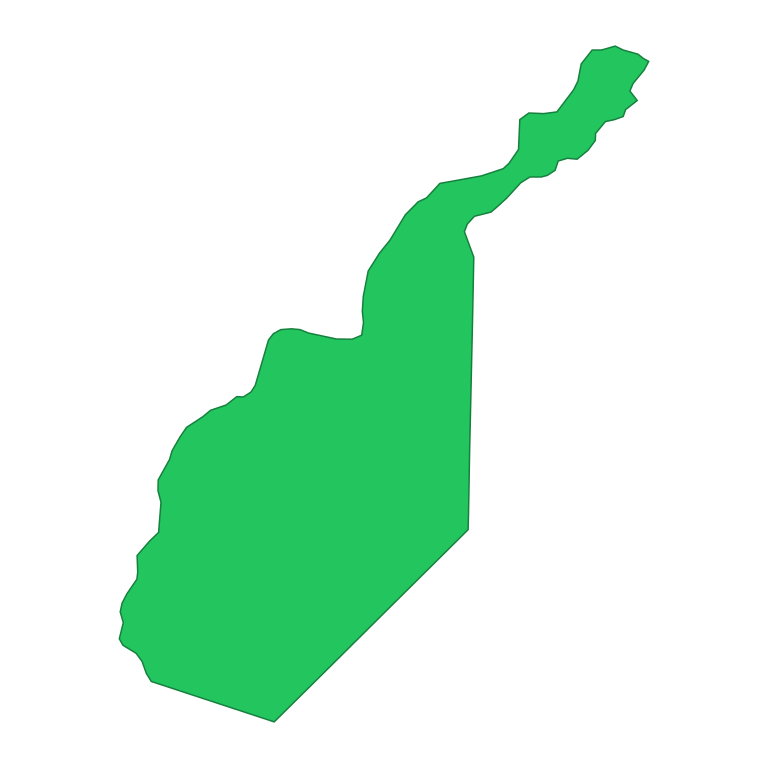 Jardim de Piranhas, Rio Grande do Norte, Brazil
{"feature_id": "56859067B64681620711629", "entity_name": "Jardim de Piranhas", "entity_type": "district", "adm_level": 2, "iso_a3": "BRA", "parent_name": "Brazil", "parent_adm1": "Rio Grande do Norte", "projection": "robinson", "projection_center": [-37.255, -6.303], "detail": "fine", "context": "isolated", "style": "filled", "palette": "green", "viewbox_px": 768, "rotation_deg": 0, "n_neighbors": 0, "source": "geoboundaries", "source_scale": "gbopen_adm2", "svg_char_len": 1331}
<svg xmlns="http://www.w3.org/2000/svg" viewBox="0 0 768 768"><path d="M623.2,116.5L625.6,109.6L637.2,100.5L629.9,91.0L633.1,83.4L644.1,70.1L648.7,61.4L643.1,58.3L638.0,54.2L623.1,50.0L615.2,46.1L601.4,50.0L592.2,50.0L581.2,63.9L578.0,80.9L573.5,90.0L556.9,111.9L543.7,113.6L528.9,113.0L519.8,119.6L518.5,149.5L509.1,163.2L503.2,168.7L481.4,175.9L439.9,183.4L426.5,197.9L418.2,201.8L405.4,214.7L390.0,240.1L379.6,253.0L368.2,271.0L363.3,296.4L362.3,311.2L363.5,322.5L361.7,335.2L352.2,339.2L336.3,339.0L308.4,333.0L300.0,329.6L291.4,328.8L280.8,329.6L273.4,333.7L268.5,340.0L255.2,385.5L250.9,392.1L243.3,397.0L236.8,396.6L226.2,405.0L210.5,410.3L202.7,416.8L186.5,427.4L180.0,437.0L172.1,450.7L169.6,459.4L158.2,479.9L158.0,490.8L161.0,502.2L158.6,532.4L149.6,541.1L137.1,555.5L137.7,572.2L136.9,579.2L127.0,593.7L122.1,603.1L120.2,611.9L123.3,622.6L119.3,638.8L123.0,645.3L136.1,653.3L142.0,661.3L146.4,673.5L151.3,681.5L274.2,721.9L332.3,664.4L387.0,610.1L468.1,529.7L468.5,515.0L469.7,447.2L470.3,421.4L472.5,322.3L473.8,257.2L464.4,231.7L467.3,224.1L474.4,216.3L491.0,212.1L497.3,206.7L506.9,197.9L520.8,182.7L529.9,177.0L541.3,177.0L547.3,175.4L555.1,170.3L558.2,161.0L567.4,158.3L577.1,159.2L588.0,150.3L595.3,140.5L595.6,133.4L605.4,121.6L614.6,119.6L623.2,116.5Z" fill="#22c55e" stroke="#15803d" stroke-width="1.5"/></svg>